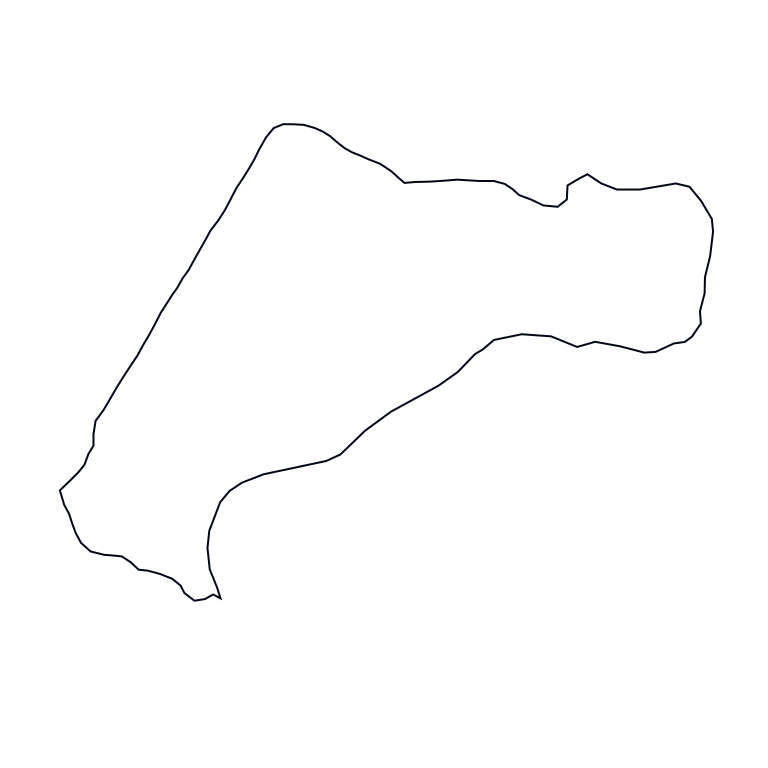 Cachoeira Dourada, Minas Gerais, Brazil, rotated 99°
{"feature_id": "56859067B85859167523547", "entity_name": "Cachoeira Dourada", "entity_type": "district", "adm_level": 2, "iso_a3": "BRA", "parent_name": "Brazil", "parent_adm1": "Minas Gerais", "projection": "mercator", "projection_center": [-49.478, -18.596], "detail": "fine", "context": "isolated", "style": "outline", "palette": "ink", "viewbox_px": 768, "rotation_deg": 99, "n_neighbors": 0, "source": "geoboundaries", "source_scale": "gbopen_adm2", "svg_char_len": 1751}
<svg xmlns="http://www.w3.org/2000/svg" viewBox="0 0 768 768"><g transform="rotate(99 384 384)"><path d="M317.2,199.0L309.3,182.1L309.8,157.3L311.1,143.6L312.3,131.8L309.8,120.8L304.7,113.1L298.6,104.0L295.4,93.5L289.3,87.4L274.8,80.5L262.6,83.3L244.4,81.5L228.3,83.7L207.0,81.9L182.2,82.8L169.7,86.0L153.6,99.4L141.4,113.1L140.3,127.2L151.9,161.6L155.5,184.4L151.9,200.8L145.0,215.9L151.1,224.1L159.2,233.8L173.2,232.3L181.8,240.2L182.7,254.5L178.8,267.6L176.3,280.1L171.5,287.4L167.5,296.0L166.3,307.4L168.5,320.8L169.7,333.1L170.7,343.6L173.6,355.6L176.8,369.6L179.6,384.8L182.2,395.3L177.6,402.6L172.7,410.1L167.1,422.3L164.4,434.7L162.2,442.9L160.2,451.7L157.2,459.9L152.3,468.6L147.7,475.9L144.2,484.1L142.0,492.3L140.6,503.8L141.6,513.6L143.1,524.1L148.5,533.0L158.9,539.1L172.2,544.1L182.7,547.3L191.0,550.5L202.8,555.5L212.8,560.1L220.6,562.8L228.3,565.3L237.5,568.5L248.8,573.5L259.6,579.4L267.4,582.1L277.3,585.8L289.3,590.3L301.5,594.6L311.5,599.6L321.5,603.3L328.6,606.9L336.7,610.4L348.5,615.6L361.0,619.7L372.7,623.8L384.0,628.3L394.5,632.0L405.3,637.0L417.8,642.6L429.6,647.6L440.3,651.7L453.3,656.8L465.6,663.1L479.0,663.1L490.3,661.3L499.4,665.0L510.6,667.2L518.9,672.0L527.5,678.2L539.8,687.5L553.5,680.9L561.5,674.7L570.1,670.4L579.7,665.0L588.4,658.3L595.3,647.6L596.5,633.8L595.8,625.1L595.3,616.0L599.7,606.3L605.8,597.2L605.3,588.0L606.6,575.8L609.6,562.5L614.9,553.4L621.7,548.4L627.7,537.3L624.4,527.1L618.6,519.8L621.3,512.0L611.0,517.1L594.4,527.1L573.5,532.7L556.2,533.6L526.3,527.3L513.8,519.8L503.7,508.9L492.0,488.8L469.0,428.9L460.4,416.0L433.0,395.3L410.0,372.5L377.1,329.9L360.5,312.9L340.2,298.8L334.5,291.9L323.3,282.3L313.3,255.7L310.8,226.5L317.2,199.0Z" fill="none" stroke="#020617" stroke-width="2"/></g></svg>